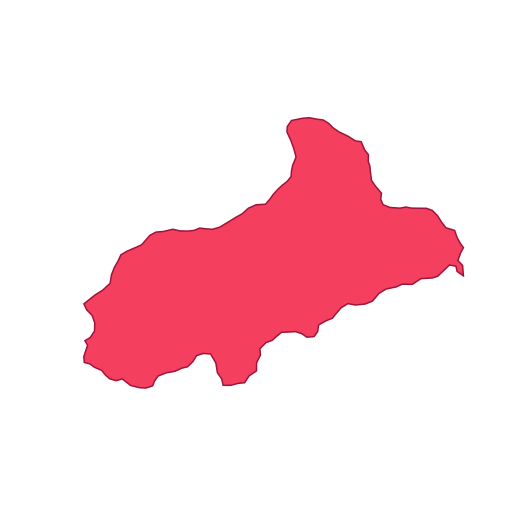 Lavrinhas, São Paulo, Brazil, rotated 70°
{"feature_id": "56859067B26910612895696", "entity_name": "Lavrinhas", "entity_type": "district", "adm_level": 2, "iso_a3": "BRA", "parent_name": "Brazil", "parent_adm1": "São Paulo", "projection": "natural_earth1", "projection_center": [-44.888, -22.522], "detail": "fine", "context": "isolated", "style": "filled", "palette": "rose", "viewbox_px": 512, "rotation_deg": 70, "n_neighbors": 0, "source": "geoboundaries", "source_scale": "gbopen_adm2", "svg_char_len": 1997}
<svg xmlns="http://www.w3.org/2000/svg" viewBox="0 0 512 512"><g transform="rotate(70 256 256)"><path d="M142.6,164.7L140.8,176.3L145.0,182.3L150.2,184.5L159.7,183.7L168.8,183.8L176.7,184.5L183.5,190.7L188.7,193.8L193.4,195.9L196.6,201.3L198.5,207.2L200.9,212.8L203.8,218.4L207.3,223.5L210.6,229.4L207.9,238.4L208.5,246.9L211.6,254.5L212.8,261.9L214.2,268.7L216.5,280.3L216.0,287.8L213.4,293.6L210.5,299.4L210.8,305.1L209.5,310.7L206.6,318.5L202.4,325.1L201.3,334.5L199.3,341.9L200.3,348.7L203.3,354.1L206.4,359.8L206.9,367.8L207.4,375.8L208.7,382.6L213.0,386.8L218.5,393.2L224.2,398.2L231.8,402.5L235.7,411.9L237.6,420.7L242.1,434.1L248.8,433.5L255.7,430.3L263.8,430.4L271.4,433.5L275.9,439.7L277.1,445.7L282.3,444.8L291.6,452.2L297.3,453.8L300.4,449.2L305.5,445.7L310.7,440.1L316.4,438.2L321.4,435.4L325.3,430.1L325.8,423.7L334.8,418.1L340.0,410.3L342.4,404.7L342.7,397.6L338.8,394.1L335.3,389.0L335.1,380.0L336.6,371.6L336.0,364.2L336.7,358.2L333.7,351.5L329.3,345.9L329.5,339.1L332.5,332.2L342.7,330.3L352.4,332.2L359.6,330.3L366.3,331.1L368.9,323.8L369.6,316.3L371.2,310.0L366.3,303.5L364.1,294.8L356.6,292.0L350.5,285.6L344.5,284.1L340.8,276.3L340.8,269.7L338.7,264.5L336.4,258.1L338.5,251.6L340.6,244.7L344.7,239.5L349.7,236.0L351.6,229.0L348.2,224.0L342.2,220.7L340.8,211.9L340.6,205.6L337.2,199.8L333.8,193.8L332.2,185.9L336.1,179.3L338.5,169.7L338.2,161.9L333.2,153.2L331.5,145.0L333.0,135.0L332.5,128.4L336.1,118.8L333.7,108.8L336.9,97.9L337.2,92.2L333.8,84.5L330.6,77.2L334.0,71.6L339.3,72.3L345.6,67.9L335.6,65.1L329.3,67.8L323.0,62.6L319.1,58.2L314.3,59.6L307.9,60.7L299.9,60.6L294.4,67.9L287.4,70.1L280.3,71.6L273.5,74.7L269.5,79.5L264.2,93.5L261.2,98.5L260.3,104.3L256.2,113.5L251.2,119.1L245.3,119.4L239.9,116.6L231.4,119.8L224.4,121.6L216.0,119.7L210.3,118.2L205.5,118.2L199.3,115.7L193.5,117.6L184.5,118.1L181.9,123.2L175.3,128.2L167.6,135.7L161.5,140.0L156.4,142.2L151.2,146.3L147.9,152.6L144.4,158.4L142.6,164.7Z" fill="#f43f5e" stroke="#9f1239" stroke-width="1.5"/></g></svg>